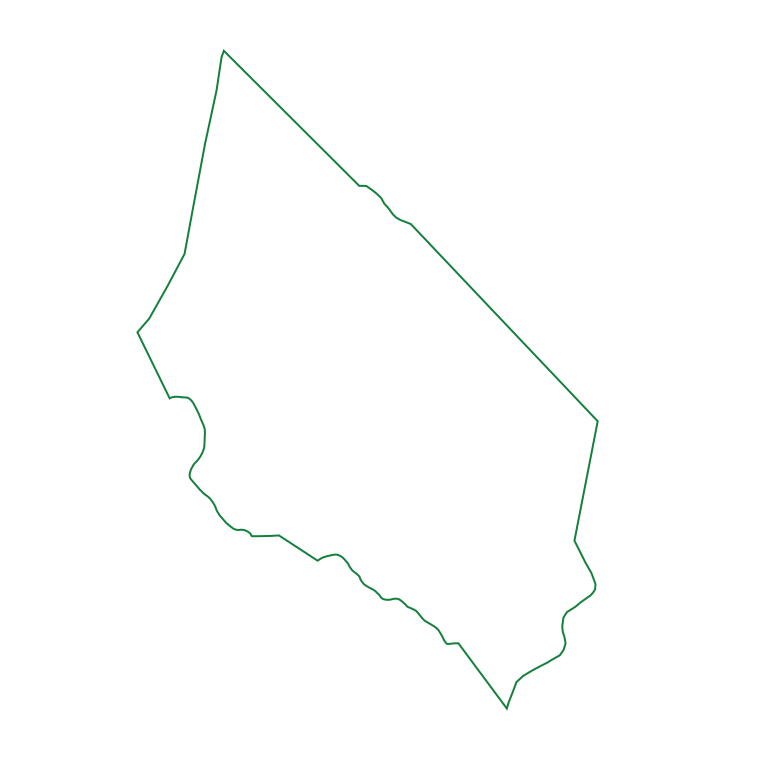 outline of San Miguelito, Francisco Morazán, Honduras, rotated 13°
{"feature_id": "27666195B71574157318497", "entity_name": "San Miguelito", "entity_type": "district", "adm_level": 2, "iso_a3": "HND", "parent_name": "Honduras", "parent_adm1": "Francisco Morazán", "projection": "orthographic", "projection_center": [-87.496, 13.751], "detail": "fine", "context": "isolated", "style": "outline", "palette": "green", "viewbox_px": 768, "rotation_deg": 13, "n_neighbors": 0, "source": "geoboundaries", "source_scale": "gbopen_adm2", "svg_char_len": 6080}
<svg xmlns="http://www.w3.org/2000/svg" viewBox="0 0 768 768"><g transform="rotate(13 384 384)"><path d="M600.6,372.2L462.0,280.4L374.1,222.1L366.8,221.0L363.1,220.5L358.4,219.1L354.4,216.6L348.0,211.1L343.8,208.3L339.4,203.4L334.1,200.2L327.9,197.3L322.1,195.0L315.3,196.5L153.0,95.4L152.2,102.3L154.8,135.7L155.6,190.1L158.8,266.5L160.4,302.1L150.8,338.1L140.5,373.1L132.1,389.1L178.4,446.2L178.8,445.8L179.2,445.5L179.9,445.0L180.5,444.6L181.0,444.3L181.3,444.2L181.6,444.1L182.9,443.6L184.5,443.1L185.0,443.0L186.3,442.8L187.7,442.6L189.4,442.4L191.0,442.2L191.8,442.1L193.5,441.8L194.6,441.6L195.0,441.6L195.5,441.6L196.0,441.6L196.4,441.7L196.9,441.8L197.5,442.0L197.9,442.2L198.2,442.4L198.5,442.5L199.2,442.9L199.7,443.3L200.5,443.8L201.4,444.5L202.1,445.2L202.6,445.6L203.0,446.1L203.5,446.7L204.6,448.0L205.8,449.3L206.8,450.5L209.7,454.1L210.3,454.8L210.5,455.1L212.0,457.3L213.1,458.9L214.0,460.2L216.2,463.1L217.7,465.2L218.2,466.0L218.7,466.9L219.2,467.8L219.5,468.4L219.8,469.2L220.0,469.9L220.2,470.7L220.4,471.4L221.3,476.0L222.4,482.0L222.8,484.4L222.9,484.7L222.9,485.1L223.0,485.5L223.0,485.9L223.0,486.3L223.0,486.8L223.0,487.4L222.9,488.6L222.8,489.8L222.7,490.4L222.6,491.1L222.5,491.6L222.3,492.5L222.1,493.5L221.9,494.0L221.7,494.9L221.5,495.4L221.3,496.0L221.1,496.6L220.9,497.2L220.4,498.3L220.2,498.9L219.8,499.6L219.5,500.2L219.0,501.2L218.6,501.8L218.1,502.6L217.7,503.2L217.5,503.6L217.3,504.0L217.1,504.4L216.9,504.8L216.5,505.9L216.3,506.5L216.0,507.6L215.5,509.4L215.3,510.1L215.2,511.0L215.1,511.4L215.0,512.4L214.9,513.1L214.9,513.8L214.9,514.2L214.9,515.1L214.9,515.7L215.0,516.0L215.2,516.8L215.3,517.1L215.5,517.7L215.6,518.1L215.8,518.5L216.0,518.8L216.2,519.2L216.5,519.5L216.8,519.8L217.2,520.2L217.4,520.3L218.6,521.2L221.2,523.1L226.9,527.3L228.4,528.4L229.8,529.2L231.6,530.4L233.8,531.6L234.3,531.9L235.1,532.2L235.6,532.5L236.6,532.8L237.4,533.2L237.9,533.4L238.6,533.8L239.2,534.2L239.9,534.6L240.5,535.0L241.3,535.6L242.2,536.3L242.6,536.7L243.4,537.4L244.0,538.0L244.6,538.6L245.2,539.2L246.0,540.0L246.8,541.0L247.4,541.7L247.9,542.5L248.3,543.2L248.7,543.7L249.1,544.3L249.5,544.8L250.2,545.7L250.7,546.2L251.3,546.8L252.2,547.8L252.5,548.1L253.1,548.7L253.5,549.0L255.4,550.4L257.6,552.0L260.2,553.9L261.1,554.6L261.5,554.8L262.1,555.1L263.8,556.0L265.7,557.0L266.6,557.4L268.0,558.0L268.5,558.3L269.3,558.6L269.8,558.8L270.6,559.0L271.0,559.1L271.7,559.2L272.2,559.2L272.6,559.2L273.2,559.2L273.6,559.2L274.3,559.1L275.0,559.0L275.5,558.9L275.9,558.7L276.4,558.5L276.9,558.3L277.6,558.1L278.3,558.0L278.9,557.9L279.4,557.9L280.3,557.8L280.8,557.9L281.4,557.9L282.0,557.9L282.5,558.0L283.4,558.2L284.2,558.4L284.4,558.5L285.0,558.7L285.3,558.8L286.1,559.2L286.6,559.4L287.2,559.7L287.3,559.8L287.7,560.1L287.9,560.3L288.2,560.6L288.3,560.8L288.5,561.2L288.6,561.3L288.7,561.5L288.9,561.6L289.0,561.7L289.2,561.8L289.3,561.8L289.6,561.9L289.9,561.9L290.3,561.9L290.5,561.8L298.5,559.9L306.5,557.8L308.6,557.3L310.8,556.6L313.3,555.9L315.7,555.2L359.1,571.1L359.8,570.3L360.3,569.8L360.7,569.3L361.5,568.5L362.1,567.9L362.6,567.5L362.9,567.3L363.3,567.0L363.8,566.6L365.7,565.5L367.6,564.4L368.5,564.0L369.8,563.3L371.3,562.6L372.9,561.9L374.0,561.5L374.5,561.3L374.9,561.2L375.3,561.1L375.8,561.0L376.1,560.9L376.6,560.9L377.1,560.9L377.6,560.9L378.1,561.0L378.7,561.0L379.0,561.1L379.4,561.2L380.3,561.4L381.0,561.7L381.9,562.0L382.3,562.2L382.7,562.4L383.6,562.9L384.2,563.3L385.8,564.4L386.7,565.1L387.7,565.8L388.8,566.7L389.3,567.1L389.7,567.4L390.0,567.8L390.5,568.4L390.8,568.9L391.4,569.5L391.9,570.0L392.6,570.7L393.6,571.5L394.5,572.3L394.8,572.5L395.2,572.8L395.7,573.1L396.1,573.3L396.7,573.6L397.1,573.8L398.4,574.4L399.2,574.7L399.9,575.1L400.6,575.4L401.8,576.1L402.3,576.4L402.7,576.7L403.1,577.0L403.4,577.2L403.6,577.5L403.9,577.9L404.2,578.4L404.3,578.6L404.7,579.2L405.0,579.5L405.2,579.8L405.6,580.2L406.2,580.9L407.0,581.5L407.3,581.8L407.7,582.2L408.5,582.8L408.9,583.1L409.3,583.4L409.6,583.6L410.0,583.8L410.4,584.0L410.7,584.1L412.2,584.7L413.0,584.9L414.1,585.3L415.3,585.7L416.6,586.0L417.3,586.2L418.8,586.6L420.0,586.9L420.6,587.1L421.3,587.4L421.8,587.6L423.9,588.8L425.0,589.5L426.4,590.3L426.9,590.7L427.4,591.1L427.7,591.3L428.1,591.8L428.5,592.1L428.8,592.4L429.4,592.8L429.6,592.9L430.1,593.2L430.3,593.3L430.7,593.5L431.1,593.6L431.4,593.7L431.6,593.7L432.0,593.8L432.3,593.8L432.6,593.8L432.9,593.8L433.2,593.8L433.9,593.8L434.6,593.7L435.2,593.6L435.6,593.6L436.3,593.4L436.9,593.3L437.5,593.1L438.3,592.8L438.7,592.7L439.3,592.4L439.6,592.2L440.6,591.7L441.0,591.5L441.5,591.3L441.9,591.1L442.6,590.9L443.1,590.7L443.6,590.6L444.6,590.4L445.0,590.3L445.4,590.3L446.0,590.3L446.4,590.4L446.9,590.4L447.4,590.5L447.6,590.6L448.1,590.8L448.3,590.8L449.8,591.5L451.4,592.3L452.9,593.1L453.7,593.6L454.4,594.0L455.3,594.6L456.1,595.2L456.4,595.4L456.8,595.6L457.2,595.8L457.6,595.9L458.0,596.0L458.5,596.0L459.5,596.2L460.0,596.3L460.5,596.4L461.5,596.6L463.8,597.1L465.6,597.6L465.9,597.7L466.1,597.7L466.4,597.9L466.8,598.1L467.9,598.9L468.9,599.7L470.3,600.8L472.8,602.7L473.6,603.3L474.4,603.9L475.6,604.7L476.6,605.3L477.2,605.5L477.8,605.8L478.4,606.0L479.6,606.4L481.7,607.0L483.0,607.4L485.1,608.1L487.2,608.8L487.7,609.0L488.8,609.4L489.4,609.7L490.0,610.0L490.4,610.2L490.9,610.5L491.5,610.9L491.7,611.0L492.1,611.3L492.4,611.6L492.9,612.0L493.0,612.1L494.2,613.3L495.3,614.4L496.4,615.6L497.0,616.2L497.4,616.7L497.8,617.1L499.4,619.2L500.2,620.1L500.6,620.6L501.0,621.0L501.6,621.5L502.2,622.0L502.6,622.3L503.0,622.6L503.2,622.8L503.4,622.9L503.5,622.9L503.7,623.0L503.8,623.0L504.0,623.0L504.5,622.9L505.1,622.8L506.2,622.5L506.8,622.3L510.5,621.0L511.7,620.7L513.6,620.2L514.8,619.9L576.7,672.6L577.1,665.9L578.8,654.7L580.1,644.7L585.2,637.2L592.3,630.3L599.5,624.0L605.6,618.9L610.4,614.2L616.3,608.8L618.8,602.6L619.3,595.8L616.7,589.9L613.9,585.1L612.2,580.2L611.4,571.2L613.5,565.2L620.6,558.0L624.5,552.8L628.4,548.4L632.7,543.6L634.5,540.5L635.9,536.8L635.1,531.4L628.6,521.5L620.7,513.0L604.8,493.8L600.6,372.2Z" fill="none" stroke="#15803d" stroke-width="2"/></g></svg>